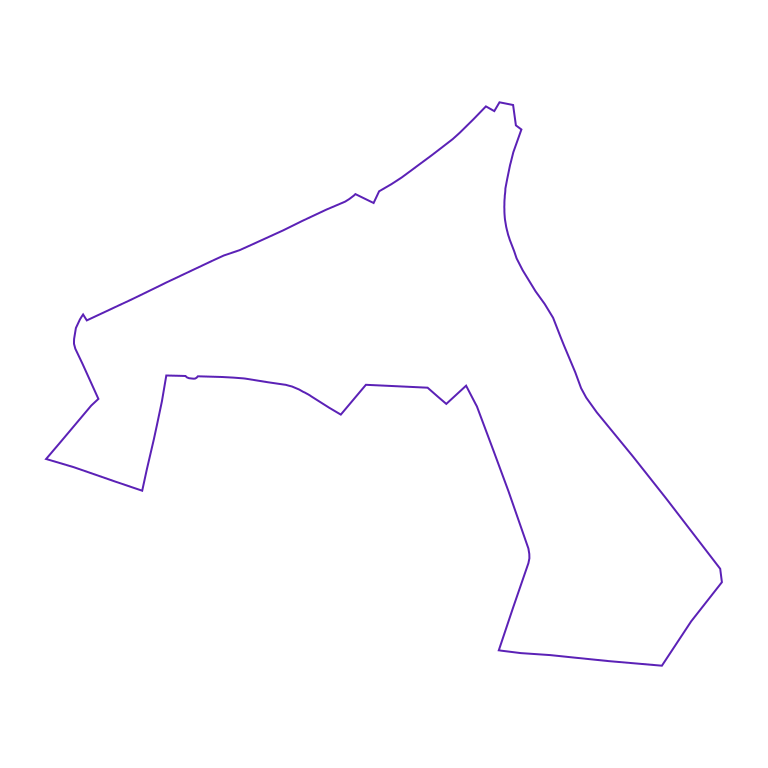 the district of Al Zahir, Al Qahirah, Egypt
{"feature_id": "37247803B28746183260819", "entity_name": "Al Zahir", "entity_type": "district", "adm_level": 2, "iso_a3": "EGY", "parent_name": "Egypt", "parent_adm1": "Al Qahirah", "projection": "robinson", "projection_center": [31.266, 30.063], "detail": "fine", "context": "isolated", "style": "outline", "palette": "violet", "viewbox_px": 768, "rotation_deg": 0, "n_neighbors": 0, "source": "geoboundaries", "source_scale": "gbopen_adm2", "svg_char_len": 2078}
<svg xmlns="http://www.w3.org/2000/svg" viewBox="0 0 768 768"><path d="M46.1,459.0L73.8,467.2L115.0,481.5L132.4,487.4L142.2,490.7L146.9,469.1L153.9,439.1L156.9,425.2L161.9,401.4L166.3,375.5L179.1,375.8L185.5,376.0L186.6,377.1L187.0,377.4L189.0,378.2L193.5,378.7L195.0,378.6L196.5,377.8L197.9,376.3L222.1,377.0L233.2,377.6L243.6,378.4L244.4,378.5L245.3,378.6L267.6,382.2L284.1,384.6L285.7,384.8L288.5,385.6L292.0,386.5L299.1,389.5L303.3,391.9L304.5,392.4L305.1,392.7L306.3,393.4L307.5,394.0L308.7,394.7L309.9,395.4L311.0,396.2L329.3,407.8L340.8,414.6L365.9,384.8L383.2,385.6L427.6,387.7L438.1,396.9L446.3,403.9L466.1,385.7L474.1,401.1L475.5,403.8L476.9,406.4L493.3,450.2L508.5,491.3L528.4,548.5L529.3,554.0L529.4,558.3L528.4,563.2L513.0,607.9L498.8,650.3L499.8,650.4L500.7,650.6L520.8,653.1L550.3,655.1L574.3,657.6L608.6,661.1L661.9,665.7L691.2,621.3L721.9,582.2L720.2,568.8L666.0,498.3L633.1,456.7L596.8,412.4L586.2,397.6L581.1,388.2L575.3,372.4L564.0,345.5L560.5,336.8L553.1,317.8L544.7,304.0L535.6,291.4L522.7,270.3L516.6,258.4L514.1,251.0L509.8,239.9L509.0,237.3L508.4,235.6L507.9,233.9L507.5,232.1L507.0,230.3L506.6,228.6L506.2,226.9L505.9,225.1L505.6,223.3L505.3,221.5L505.0,219.7L504.8,217.9L504.5,213.8L504.4,211.5L504.4,209.3L504.3,206.9L504.4,204.7L504.4,202.4L504.5,200.0L504.7,197.8L504.8,195.5L505.1,193.2L505.3,191.0L505.4,188.4L505.6,187.4L505.8,186.3L507.3,178.5L510.1,164.9L510.4,163.8L510.7,162.7L513.3,152.3L521.4,129.5L515.9,125.4L513.1,105.0L499.5,102.3L494.3,111.1L485.9,106.4L473.7,119.0L459.8,132.7L452.7,139.1L431.8,155.2L401.8,177.4L391.5,184.1L379.1,191.3L373.6,203.0L355.4,194.1L354.6,194.9L353.7,195.7L349.2,199.1L347.1,200.4L345.2,201.6L326.4,209.6L301.9,221.1L300.3,221.9L298.7,222.7L283.1,230.4L257.4,242.1L239.5,250.2L238.6,250.5L237.7,250.8L223.8,255.5L211.8,261.0L184.3,274.0L166.1,282.6L153.3,288.9L132.5,299.0L113.9,307.7L86.8,320.4L83.1,314.5L81.6,316.7L79.9,319.5L75.9,328.0L74.1,338.9L74.0,341.4L74.0,343.8L75.3,348.7L82.5,363.8L98.4,398.9L91.2,405.6L74.2,425.8L60.4,442.2L46.1,459.0Z" fill="none" stroke="#5b21b6" stroke-width="2"/></svg>